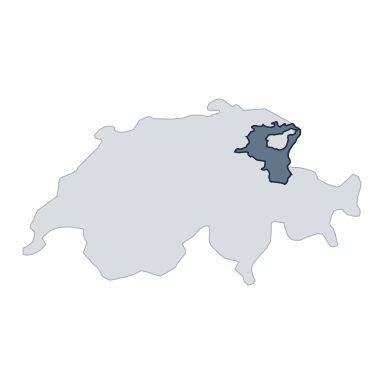 Sankt Gallen highlighted on a map of Switzerland
{"feature_id": "CHE-167", "entity_name": "Sankt Gallen", "entity_type": "Canton", "adm_level": 1, "iso_a3": "CHE", "parent_name": "Switzerland", "parent_adm1": "", "projection": "natural_earth1", "projection_center": [9.275, 47.209], "detail": "fine", "context": "in_parent", "style": "filled", "palette": "slate", "viewbox_px": 384, "rotation_deg": 0, "n_neighbors": 0, "source": "natural_earth", "source_scale": "10m", "svg_char_len": 5764}
<svg xmlns="http://www.w3.org/2000/svg" viewBox="0 0 384 384"><path d="M291.0,123.0L293.2,124.2L298.6,128.4L297.4,135.6L291.3,147.1L288.0,156.5L287.7,163.7L288.3,167.0L289.4,167.0L295.2,167.5L298.2,167.5L307.6,169.4L315.1,172.3L316.6,175.3L317.6,178.9L326.6,183.9L336.8,187.2L340.3,186.1L353.0,174.4L358.0,176.4L361.0,182.6L360.8,185.9L357.4,198.3L356.8,205.0L359.9,209.4L360.2,212.9L359.3,216.0L354.2,216.3L347.4,214.6L341.6,209.2L337.2,209.9L333.4,211.2L331.5,216.3L329.8,222.4L330.4,225.8L333.1,228.4L335.2,233.9L336.8,241.1L337.9,244.4L336.7,245.9L333.1,246.8L330.1,245.9L324.8,237.3L322.4,234.0L318.2,233.5L311.0,235.5L299.8,240.3L295.3,240.3L291.4,239.4L287.8,235.3L284.8,227.4L283.8,222.5L281.7,222.7L274.5,221.2L271.2,223.2L271.2,231.2L270.5,241.2L266.9,247.7L256.9,258.9L253.2,263.8L251.8,267.3L251.5,270.3L253.0,275.6L255.1,280.6L253.3,283.5L248.0,285.0L244.3,281.9L242.9,276.5L234.8,269.1L238.5,262.8L237.9,261.3L224.5,258.1L218.8,253.4L210.7,245.1L209.2,241.6L209.6,230.1L209.2,227.3L208.1,226.0L204.2,226.1L198.7,230.0L193.7,236.0L183.4,242.7L182.3,244.2L185.7,250.7L185.6,253.3L177.1,263.7L175.5,267.2L164.9,273.7L160.0,276.2L145.3,271.4L141.2,270.8L134.6,274.0L125.2,277.1L110.2,280.2L104.7,277.9L102.1,275.8L100.8,272.6L97.1,267.1L92.8,263.7L89.9,260.1L86.0,256.2L83.5,252.9L87.0,242.3L84.5,238.6L83.3,233.3L84.0,229.7L82.7,228.9L69.2,226.8L57.9,227.5L49.8,231.0L43.1,236.8L42.3,238.1L42.7,239.1L45.9,244.5L40.3,250.2L31.7,254.6L25.7,255.1L23.1,254.2L23.0,248.1L28.1,245.9L32.6,241.9L34.2,236.3L34.8,232.4L30.1,227.7L30.7,224.8L33.8,219.3L35.5,214.4L37.9,210.2L47.4,203.3L56.9,196.4L58.4,189.0L59.2,180.1L60.6,177.9L73.3,172.6L76.5,170.5L78.1,167.4L88.1,157.4L98.1,147.5L100.1,144.2L101.8,142.2L101.8,140.6L100.6,139.3L95.9,138.5L94.4,135.4L99.5,129.7L105.9,126.3L112.1,126.2L114.6,127.8L114.4,129.7L117.1,131.7L121.8,132.3L127.6,131.6L133.3,129.5L136.9,124.5L139.0,120.8L148.1,116.4L154.2,118.6L171.4,119.2L183.9,118.0L191.7,115.1L201.4,115.1L207.9,116.7L209.1,116.5L210.9,116.1L212.6,114.5L218.8,113.4L219.6,112.1L219.3,110.8L218.2,110.1L210.7,110.8L207.8,109.8L207.1,107.4L209.5,103.2L215.1,99.8L219.8,99.0L223.2,99.9L231.4,106.2L233.4,106.4L234.5,105.3L236.3,104.6L239.1,105.9L242.3,109.8L242.8,110.4L261.3,109.0L265.4,109.0L277.9,115.8L291.0,123.0Z" fill="#d9dde1" stroke="#a8b0b8" stroke-width="1"/><path d="M293.1,123.7L293.3,124.2L295.5,127.1L298.3,128.2L300.4,129.8L300.4,133.9L299.7,135.3L296.8,138.5L296.4,139.4L296.0,141.0L295.7,141.7L293.2,144.4L290.8,147.9L289.5,149.7L289.0,151.1L288.2,152.9L288.2,154.2L288.1,156.2L288.6,157.7L288.9,158.1L289.5,159.1L290.1,160.6L290.1,162.7L289.4,163.9L288.3,165.0L287.4,166.0L287.5,166.9L287.5,167.3L288.1,168.9L288.9,170.5L291.2,173.8L291.6,174.6L291.0,174.7L290.6,174.9L290.3,175.3L290.0,176.2L289.8,176.6L289.1,177.1L288.7,177.5L288.2,178.3L287.8,179.0L287.6,180.2L287.6,180.6L287.5,181.1L287.3,181.6L286.3,183.1L285.4,183.4L285.1,184.2L284.9,184.3L284.4,184.2L283.5,183.7L282.0,183.0L271.9,181.7L271.6,181.9L271.2,181.9L270.9,181.8L269.8,180.6L269.9,179.7L269.8,179.3L269.2,178.2L269.0,177.4L268.9,177.0L269.1,176.7L269.5,173.7L269.4,173.0L269.1,172.2L268.1,170.4L267.5,169.7L266.9,169.3L266.3,169.4L265.8,169.5L264.9,169.9L263.5,170.0L263.0,169.9L261.6,169.2L261.8,168.8L264.4,167.2L264.8,165.9L265.2,161.3L257.3,160.0L256.1,159.4L252.2,156.3L251.8,156.3L250.6,156.9L248.6,155.1L248.1,154.3L248.1,154.1L248.1,153.5L248.3,152.6L246.0,151.9L238.9,152.6L234.8,151.9L235.9,149.7L237.3,148.8L240.3,149.1L241.3,149.1L245.7,147.3L246.4,146.7L246.8,146.3L246.7,145.5L247.2,144.9L247.7,144.3L248.7,143.5L249.2,143.1L249.4,142.7L249.2,142.0L248.7,139.9L247.0,137.1L246.6,136.7L247.4,136.7L248.0,136.0L249.0,134.3L249.8,133.6L250.6,132.0L250.9,131.6L251.2,131.5L251.5,131.6L251.8,131.6L252.1,131.5L252.4,131.4L252.8,131.2L253.2,131.1L253.7,131.1L254.0,130.9L254.1,130.7L254.2,130.4L254.1,129.4L254.1,129.1L252.0,127.8L251.8,127.5L251.7,127.0L252.0,126.6L252.4,126.4L252.8,126.4L253.2,126.3L253.8,125.7L254.1,125.6L254.6,125.8L255.1,125.8L256.4,125.6L256.6,125.7L256.8,125.9L257.0,126.1L257.2,126.3L257.4,126.3L258.0,126.2L258.3,126.2L259.3,126.4L260.2,126.4L261.4,126.3L262.0,126.0L262.4,125.6L263.1,124.5L264.2,125.7L266.6,126.7L269.6,127.3L270.9,127.4L271.2,127.2L271.9,126.9L272.3,126.9L272.9,127.0L273.4,126.9L273.8,126.6L274.1,126.2L274.3,125.9L274.6,125.2L274.2,123.8L273.9,123.7L273.6,123.7L273.2,123.8L272.7,123.9L272.0,123.8L271.7,123.7L271.7,123.4L271.8,123.3L272.1,123.3L272.4,123.2L272.6,123.0L272.9,122.8L273.4,122.6L273.8,122.6L274.4,122.5L274.7,122.5L275.0,122.2L275.4,122.0L275.8,121.9L276.8,121.9L277.5,122.8L277.5,123.2L277.5,123.6L277.2,124.1L277.4,124.6L279.1,126.4L279.7,126.9L280.2,127.0L280.7,126.2L284.6,123.7L285.3,124.1L285.0,125.0L285.1,125.3L285.9,125.6L286.1,125.6L286.5,125.6L287.2,125.3L293.1,123.7L293.1,123.7ZM288.3,139.3L287.8,137.8L288.2,135.4L290.2,134.7L291.2,134.6L292.2,135.1L295.4,133.4L295.3,132.5L295.4,131.8L295.6,131.5L297.3,130.1L294.2,129.6L293.1,129.2L292.8,129.1L292.3,128.7L292.1,128.6L291.5,128.5L291.3,128.4L291.1,128.3L290.8,128.3L290.4,128.5L288.9,129.7L285.1,131.2L284.5,131.4L283.6,131.6L283.2,132.2L283.0,132.7L282.8,133.2L282.4,133.7L281.5,133.9L279.8,133.9L277.1,134.3L273.8,134.9L272.5,134.5L272.0,134.5L269.3,134.9L268.6,134.8L268.4,135.1L268.0,135.6L267.3,137.0L266.7,137.9L265.8,138.7L265.7,138.8L266.6,140.5L267.4,140.4L267.7,140.4L268.0,140.5L268.0,140.8L267.7,141.4L267.5,141.7L267.0,142.1L266.8,142.5L266.8,143.1L267.3,145.3L266.4,146.2L267.0,146.7L267.3,146.9L268.0,147.1L271.7,147.5L274.0,148.6L274.8,149.1L275.0,149.1L275.3,149.1L276.6,148.8L277.5,149.4L278.2,149.7L278.7,150.0L279.4,150.1L279.9,150.1L282.0,149.4L283.4,148.7L284.5,148.1L285.6,147.1L287.0,144.7L288.3,139.3Z" fill="#64748b" stroke="#1e293b" stroke-width="1.5"/></svg>